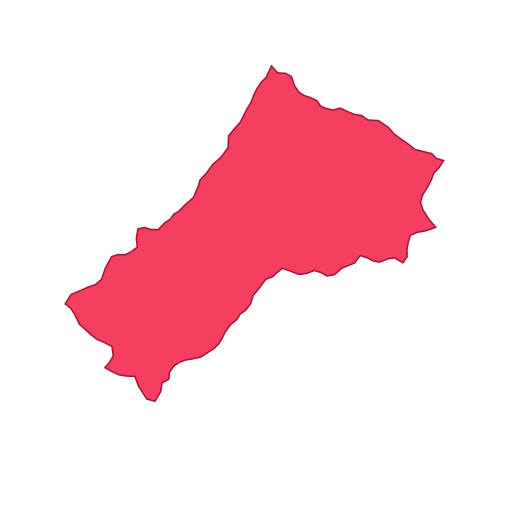 Lupércio, São Paulo, Brazil, rotated 30°
{"feature_id": "56859067B18572891810080", "entity_name": "Lupércio", "entity_type": "district", "adm_level": 2, "iso_a3": "BRA", "parent_name": "Brazil", "parent_adm1": "São Paulo", "projection": "mercator", "projection_center": [-49.815, -22.439], "detail": "fine", "context": "isolated", "style": "filled", "palette": "rose", "viewbox_px": 512, "rotation_deg": 30, "n_neighbors": 0, "source": "geoboundaries", "source_scale": "gbopen_adm2", "svg_char_len": 1820}
<svg xmlns="http://www.w3.org/2000/svg" viewBox="0 0 512 512"><g transform="rotate(30 256 256)"><path d="M397.3,141.3L387.6,137.8L377.3,132.4L371.6,127.2L369.8,119.9L370.1,109.9L369.8,102.9L368.6,95.8L370.4,88.1L370.7,79.5L363.3,81.3L357.1,79.5L350.0,81.5L340.8,84.2L332.1,83.0L322.4,82.1L314.4,81.3L306.7,78.5L294.3,77.5L284.8,82.3L277.3,81.5L269.9,84.3L262.3,85.2L255.1,85.8L249.6,91.1L242.4,93.3L237.0,93.9L231.1,91.0L224.0,91.6L217.2,93.0L211.0,92.6L204.5,89.5L197.1,83.0L190.3,83.0L183.2,86.6L174.3,83.7L175.5,96.2L173.6,102.8L173.1,111.5L173.6,117.7L174.9,125.9L174.6,133.3L175.1,141.0L175.5,148.0L173.8,156.0L172.1,165.7L177.6,175.8L176.4,187.5L172.8,198.1L171.7,208.9L169.5,217.9L171.1,224.3L172.5,236.8L169.0,247.0L166.8,255.6L163.9,261.1L163.4,267.0L160.4,272.7L158.1,282.2L151.8,285.5L144.9,287.1L140.2,291.6L143.5,300.6L148.8,307.6L145.6,315.0L142.2,320.2L136.0,323.6L131.3,328.7L131.6,341.9L133.9,353.4L131.0,361.4L126.7,366.1L121.5,373.3L115.0,381.9L114.7,392.9L121.2,393.8L127.5,396.8L137.3,403.4L152.1,406.7L159.8,407.7L168.7,406.7L176.4,406.3L182.3,413.8L182.3,421.4L181.0,428.2L188.0,428.2L196.5,427.5L203.5,424.9L211.3,420.8L219.4,427.5L232.9,434.5L241.2,432.3L241.3,421.2L238.1,412.8L242.1,406.4L239.2,399.9L240.0,391.9L242.8,386.5L246.6,381.7L252.5,376.8L258.7,371.1L265.8,357.3L267.6,351.2L267.9,344.8L267.3,337.1L268.4,327.6L271.2,320.7L271.4,314.1L274.1,308.2L275.2,300.2L273.3,291.4L275.0,281.4L276.1,271.4L280.6,265.9L282.7,259.5L285.0,253.5L293.7,251.8L302.6,250.5L308.8,245.5L313.8,239.4L320.6,237.8L327.5,237.8L333.3,232.9L336.4,223.7L344.9,212.7L346.1,203.4L353.8,201.9L359.4,201.8L365.9,199.7L371.6,192.6L376.9,188.3L386.6,188.5L387.3,181.1L383.5,175.0L381.4,169.1L379.2,161.1L383.7,155.0L389.4,150.2L393.5,145.8L397.3,141.3Z" fill="#f43f5e" stroke="#9f1239" stroke-width="1.5"/></g></svg>